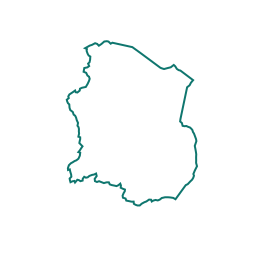 outline of Alto Horizonte, Goiás, Brazil, rotated 37°
{"feature_id": "56859067B49316936904557", "entity_name": "Alto Horizonte", "entity_type": "district", "adm_level": 2, "iso_a3": "BRA", "parent_name": "Brazil", "parent_adm1": "Goiás", "projection": "equal_earth", "projection_center": [-49.437, -14.179], "detail": "fine", "context": "isolated", "style": "outline", "palette": "teal", "viewbox_px": 256, "rotation_deg": 37, "n_neighbors": 0, "source": "geoboundaries", "source_scale": "gbopen_adm2", "svg_char_len": 2422}
<svg xmlns="http://www.w3.org/2000/svg" viewBox="0 0 256 256"><g transform="rotate(37 128 128)"><path d="M208.8,156.3L208.5,138.9L209.5,136.9L209.9,133.2L210.3,130.7L210.1,128.6L209.4,126.4L207.9,125.4L207.0,121.9L206.1,117.0L203.4,114.9L201.9,112.8L200.1,110.5L198.3,107.9L196.6,106.2L194.8,104.5L192.1,102.1L191.2,99.4L190.5,97.3L189.0,95.9L185.9,93.9L184.0,92.7L182.3,92.1L180.7,90.9L179.1,90.5L177.2,90.3L175.3,90.9L173.4,91.3L172.0,92.6L170.3,93.4L168.1,91.6L165.7,91.4L164.5,89.3L150.7,59.9L151.5,56.8L151.0,53.9L151.2,50.6L135.3,50.6L133.6,51.3L131.4,51.4L128.6,50.3L126.6,50.1L125.6,53.8L123.8,56.0L121.3,59.2L119.4,59.9L117.7,60.4L93.3,60.6L82.8,60.8L64.2,69.3L63.4,71.1L60.4,70.7L58.9,71.4L57.0,73.2L56.2,77.0L55.2,79.8L52.8,79.4L50.7,80.1L49.2,83.3L47.8,85.3L47.0,87.2L45.7,90.1L47.7,89.7L48.5,91.3L51.1,93.0L53.0,93.8L54.9,93.6L56.6,96.2L57.7,98.6L57.4,100.6L59.7,101.9L59.1,104.0L57.0,106.4L58.7,109.8L61.4,109.1L64.0,110.5L66.0,110.5L67.8,111.8L68.5,113.8L69.2,117.0L69.6,120.6L67.0,123.6L66.0,125.5L66.9,127.2L66.2,130.1L64.7,130.9L63.2,129.9L62.4,132.5L61.0,136.5L61.3,138.7L62.7,139.8L62.1,142.3L63.5,143.4L65.1,144.3L66.9,144.5L69.1,147.0L71.1,148.4L72.8,148.4L74.4,148.5L76.5,150.0L78.4,150.0L80.2,150.9L82.4,152.6L85.0,154.0L86.3,156.6L88.0,157.1L89.4,158.3L90.8,160.3L92.3,161.9L93.6,164.8L95.4,164.2L96.5,165.6L97.3,167.5L98.2,169.3L102.7,170.0L102.8,172.5L103.0,175.0L102.9,177.1L104.7,176.5L106.2,179.1L106.9,182.4L106.2,184.9L105.2,186.6L104.4,188.8L103.6,190.5L103.2,193.3L104.2,196.3L105.4,197.6L106.4,196.1L108.4,197.8L110.6,199.4L112.1,201.0L111.8,203.5L113.2,204.8L114.7,205.9L115.7,204.0L117.0,202.6L118.5,203.4L118.7,199.8L120.1,199.2L122.0,199.1L123.4,197.3L122.4,195.7L122.4,193.3L124.3,193.0L125.5,191.6L126.0,189.5L127.6,187.0L128.9,185.6L129.9,183.6L131.9,185.2L132.0,188.7L133.6,190.3L135.7,189.8L136.9,187.9L139.1,187.3L141.9,186.5L143.5,184.4L145.4,182.9L147.3,184.0L149.3,183.4L152.0,182.1L153.8,181.3L154.8,179.4L155.3,177.1L156.9,178.1L158.1,180.1L160.6,179.6L162.6,179.0L163.5,180.5L163.7,182.7L164.4,185.3L165.9,186.7L168.5,185.8L170.3,187.0L172.6,185.9L175.2,184.7L176.8,183.4L178.3,185.0L180.2,184.8L182.1,184.2L184.0,182.8L184.5,180.2L185.7,177.5L186.9,175.6L187.9,172.5L189.6,171.4L191.2,172.4L191.9,170.7L193.3,168.9L195.4,167.9L196.5,166.0L197.1,163.6L199.2,161.1L201.7,159.2L203.6,158.0L206.2,156.6L208.8,156.3Z" fill="none" stroke="#0f766e" stroke-width="2"/></g></svg>